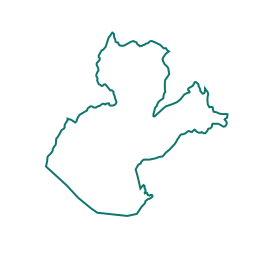 outline of Bossangoa, Ouham, Central African Republic, rotated 40°
{"feature_id": "33826404B90258922405871", "entity_name": "Bossangoa", "entity_type": "district", "adm_level": 2, "iso_a3": "CAF", "parent_name": "Central African Republic", "parent_adm1": "Ouham", "projection": "robinson", "projection_center": [17.361, 6.343], "detail": "fine", "context": "isolated", "style": "outline", "palette": "teal", "viewbox_px": 256, "rotation_deg": 40, "n_neighbors": 0, "source": "geoboundaries", "source_scale": "gbopen_adm2", "svg_char_len": 4347}
<svg xmlns="http://www.w3.org/2000/svg" viewBox="0 0 256 256"><g transform="rotate(40 128 128)"><path d="M57.9,85.6L59.0,91.3L60.0,92.5L61.2,92.6L62.1,93.3L62.6,94.7L62.5,96.1L62.3,98.1L62.9,99.3L63.9,100.1L65.9,100.9L66.9,101.4L68.5,103.2L68.7,105.4L69.4,107.1L69.9,108.2L71.1,108.9L72.1,109.3L73.0,109.8L73.8,111.4L76.1,112.5L77.4,113.2L78.5,112.9L79.4,112.8L80.5,112.8L80.8,112.6L81.2,112.4L81.5,111.7L81.7,110.0L82.6,109.1L87.9,110.1L90.2,110.6L91.4,109.5L93.5,109.5L94.7,110.9L97.3,112.2L99.1,113.7L101.0,114.7L102.3,115.3L103.1,117.2L102.9,118.9L102.1,120.4L101.1,121.2L100.1,122.2L98.7,122.3L97.7,121.4L96.0,122.8L95.5,124.6L94.2,124.9L93.5,125.2L93.0,125.9L92.5,127.2L92.3,128.5L92.0,129.7L91.2,130.3L90.7,131.5L90.4,132.8L88.7,134.3L86.3,134.7L85.5,135.2L84.6,138.0L84.7,139.5L85.4,140.8L84.9,141.8L84.3,143.8L82.4,149.1L82.7,151.3L83.0,152.8L83.5,154.5L84.1,155.5L84.2,156.7L84.0,157.7L78.7,158.3L77.0,159.4L75.7,159.7L76.7,161.0L77.1,163.6L77.2,165.0L77.7,166.6L78.4,167.6L79.2,168.4L79.3,169.8L79.0,170.7L78.5,172.4L78.8,174.1L79.4,176.5L79.9,179.7L79.9,182.4L81.0,183.9L82.3,185.6L83.4,187.5L83.4,189.7L84.0,192.7L84.8,193.6L85.2,195.6L85.2,197.7L84.9,199.9L84.9,201.7L86.1,203.6L87.4,205.4L89.9,210.2L109.1,211.0L118.0,211.4L134.9,213.5L151.6,213.3L159.0,212.6L165.4,208.3L181.2,197.7L184.1,195.7L187.5,191.3L190.0,188.1L189.0,179.0L189.4,175.2L188.4,172.6L189.1,169.5L189.8,168.7L190.7,166.1L190.8,164.9L190.3,164.1L189.6,164.0L189.4,164.0L188.4,164.5L188.1,165.6L187.9,166.0L186.5,166.5L186.0,166.6L185.6,166.4L184.8,165.7L184.1,165.5L183.7,165.8L183.2,166.1L182.8,167.1L182.3,166.7L182.3,165.5L181.2,164.1L180.4,163.9L179.3,163.2L179.0,163.2L178.0,161.8L177.1,161.7L176.6,161.7L176.4,162.9L176.3,164.3L176.4,166.4L166.8,159.1L160.5,154.8L159.5,149.7L160.5,147.0L159.9,145.2L160.3,142.2L164.8,138.4L168.9,133.1L170.2,130.5L172.8,127.5L172.8,122.9L173.7,117.7L174.1,110.2L173.7,107.1L173.1,104.6L173.1,102.8L172.6,100.3L172.9,98.7L174.4,97.1L175.4,95.2L175.8,93.0L176.2,91.6L176.8,91.1L177.6,90.8L178.7,90.5L179.6,89.9L179.6,89.7L179.7,87.9L179.8,87.6L180.2,86.4L180.8,86.3L181.6,86.6L183.4,86.6L185.2,86.1L185.9,85.7L186.8,84.6L187.1,83.8L188.1,83.6L189.3,83.4L190.6,82.3L190.6,81.8L190.6,79.9L190.5,78.6L190.0,77.4L190.2,76.7L190.7,76.1L191.3,75.3L191.4,73.7L191.2,72.8L190.9,72.2L190.2,71.2L190.1,70.4L190.6,69.8L191.6,69.2L193.5,67.4L195.3,66.5L196.6,66.2L198.7,65.9L200.3,65.6L201.3,64.3L201.3,62.7L200.7,61.0L200.1,60.3L198.5,59.7L196.6,59.5L196.5,58.6L197.3,56.5L195.4,53.5L194.3,54.1L193.7,54.5L193.2,54.9L193.1,55.3L190.6,57.2L189.1,58.1L187.0,58.7L185.7,59.1L183.0,60.5L180.7,58.9L179.9,57.9L179.6,57.7L178.8,58.0L177.6,58.8L177.3,59.4L177.0,59.8L174.1,58.7L172.7,57.4L170.2,54.8L168.6,52.4L167.8,50.6L166.2,49.4L164.0,48.8L161.6,48.2L163.0,50.0L163.7,51.2L164.0,52.4L163.1,53.8L162.2,53.7L160.5,53.3L159.5,53.1L158.5,52.1L157.6,51.5L156.7,51.2L155.3,50.6L154.5,49.7L153.7,49.3L152.9,49.2L152.0,49.2L151.3,49.1L150.5,49.2L149.7,50.0L149.7,50.7L150.1,51.5L150.3,52.0L150.2,52.8L150.5,53.7L150.3,54.7L149.8,56.1L149.5,57.0L149.1,57.6L148.9,58.4L149.0,59.4L149.6,60.2L150.0,60.3L151.1,60.4L151.7,60.5L152.1,60.9L152.1,61.5L151.6,62.1L151.3,62.4L150.9,63.1L149.6,66.1L149.8,72.2L149.0,76.4L146.7,81.1L143.2,86.9L142.6,89.3L142.1,93.2L141.3,99.0L141.0,101.3L141.0,101.6L140.7,102.2L140.4,102.5L140.0,102.6L139.4,102.1L138.5,100.9L138.0,99.7L136.2,96.0L135.7,94.8L135.9,93.3L135.9,92.5L135.2,91.2L134.7,89.0L134.7,87.3L135.2,85.2L135.8,83.6L135.8,82.2L134.7,80.9L133.6,78.6L133.2,76.1L131.6,74.9L127.4,70.0L125.6,67.3L125.4,64.4L125.0,60.3L122.7,58.3L121.1,56.9L119.6,56.0L117.8,55.7L115.0,55.6L112.1,54.3L110.3,53.2L109.7,51.5L109.2,47.0L110.1,43.0L108.5,43.2L107.4,43.1L106.6,42.7L105.8,42.5L104.8,43.3L104.1,44.0L103.2,44.0L101.9,43.8L100.6,43.7L98.5,43.7L97.4,44.1L94.8,44.7L93.3,45.1L90.5,46.0L89.6,46.7L88.9,48.0L88.9,49.4L88.7,50.3L87.7,51.6L87.4,52.4L87.3,53.3L86.3,54.6L86.0,55.8L84.6,57.7L83.0,57.6L81.5,57.8L80.7,57.6L79.7,57.0L76.3,57.9L75.0,59.8L74.6,60.4L74.0,62.4L72.8,65.4L72.4,66.6L71.9,67.5L71.2,68.3L70.2,69.1L69.3,69.7L68.2,70.1L67.4,70.0L66.6,69.6L66.0,69.1L65.4,68.9L64.3,69.7L63.0,69.9L62.7,69.6L61.4,68.5L60.5,68.0L59.3,67.5L58.1,66.5L57.5,65.8L56.8,65.0L55.8,64.9L54.7,65.0L54.9,68.0L55.1,69.0L54.9,70.7L58.7,80.2L58.7,82.8L58.6,84.3L57.9,85.6Z" fill="none" stroke="#0f766e" stroke-width="2"/></g></svg>